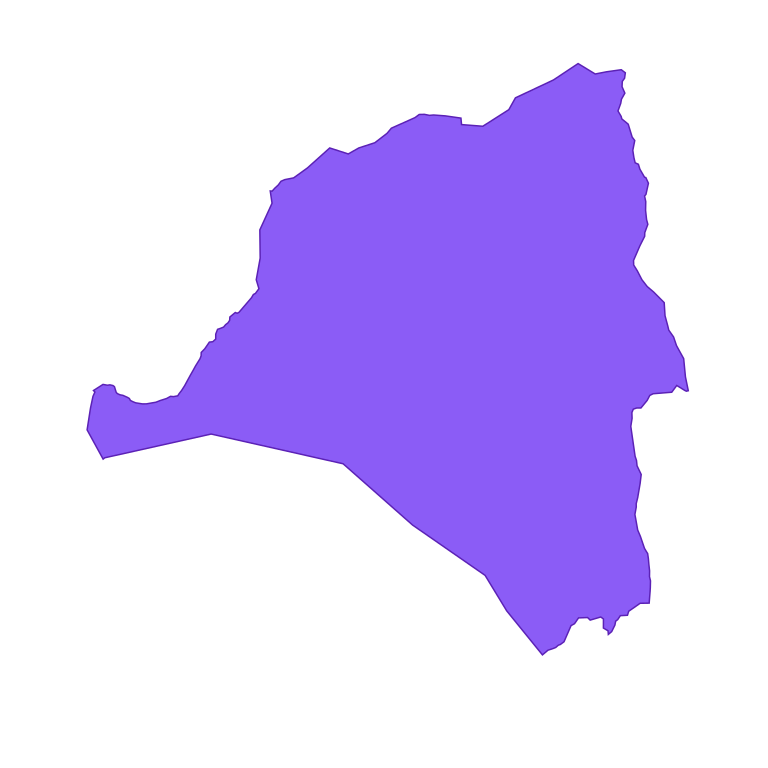 San Pablo Yaganiza, Oaxaca, Mexico, rotated 172°
{"feature_id": "50627088B67315987692410", "entity_name": "San Pablo Yaganiza", "entity_type": "district", "adm_level": 2, "iso_a3": "MEX", "parent_name": "Mexico", "parent_adm1": "Oaxaca", "projection": "equal_earth", "projection_center": [-96.217, 17.128], "detail": "fine", "context": "isolated", "style": "filled", "palette": "violet", "viewbox_px": 768, "rotation_deg": 172, "n_neighbors": 0, "source": "geoboundaries", "source_scale": "gbopen_adm2", "svg_char_len": 2680}
<svg xmlns="http://www.w3.org/2000/svg" viewBox="0 0 768 768"><g transform="rotate(172 384 384)"><path d="M151.9,130.1L149.4,141.4L148.6,145.3L147.5,152.0L147.9,156.3L147.0,162.0L146.8,168.7L146.5,174.1L146.5,179.4L147.2,180.9L148.9,184.9L151.3,197.4L153.1,204.1L153.5,215.3L153.7,219.9L151.3,227.1L150.9,230.4L148.6,236.1L144.2,249.9L141.9,258.6L144.8,267.8L144.6,273.2L145.4,277.4L145.5,307.7L143.1,315.5L142.5,321.2L140.6,324.4L137.0,325.1L132.9,324.5L125.7,331.1L122.4,335.7L118.8,336.9L100.2,335.8L94.3,341.8L87.1,335.8L85.6,334.8L83.6,335.0L84.5,349.1L83.7,367.4L89.0,381.3L90.7,390.3L94.5,397.7L94.9,402.0L96.2,412.5L95.2,425.6L104.2,437.6L109.8,443.9L114.1,451.4L117.4,460.8L120.2,467.1L120.0,468.6L119.7,471.6L111.4,485.2L105.3,494.0L104.7,497.6L100.5,505.4L101.1,510.3L100.8,519.5L99.4,528.2L99.8,533.9L98.2,535.3L94.2,546.0L96.0,552.0L97.2,552.5L100.7,561.1L101.5,566.2L104.5,568.1L105.0,573.3L105.1,580.8L101.8,590.2L103.9,594.0L106.0,607.3L111.6,613.4L111.9,616.0L114.3,621.8L110.5,629.0L109.2,633.0L105.0,638.5L106.9,645.3L105.9,650.5L103.2,653.3L101.7,658.6L103.8,660.7L105.3,662.2L120.2,662.2L131.7,661.6L147.2,674.3L173.9,661.5L214.0,649.1L222.2,638.3L238.2,631.0L250.3,625.5L271.1,630.1L270.8,636.6L286.0,641.0L297.5,643.5L301.6,643.7L306.4,645.4L311.6,646.0L316.2,643.5L341.1,636.3L346.1,631.8L359.5,624.2L376.0,621.3L387.4,616.8L404.9,625.3L429.8,608.6L444.8,600.7L453.8,600.2L457.8,599.1L461.0,595.8L464.9,593.1L467.9,590.6L469.8,591.0L469.7,578.6L485.5,553.9L489.1,525.9L496.0,505.0L494.6,495.8L498.7,491.6L500.9,490.8L503.2,487.9L511.0,481.0L517.7,475.1L519.6,474.5L521.3,475.5L527.3,471.8L528.0,468.5L530.1,466.2L532.6,464.8L534.9,462.7L538.1,461.9L541.2,461.3L543.7,456.8L544.4,451.9L547.7,449.7L551.1,449.8L556.6,443.8L560.6,440.7L561.2,437.3L562.7,434.6L565.3,431.5L568.2,428.0L571.1,424.1L574.8,419.3L581.7,410.0L585.4,405.7L588.2,403.0L589.9,401.0L594.2,400.8L597.1,401.5L601.3,399.9L607.8,398.8L612.4,397.7L622.1,397.4L625.9,397.9L632.5,399.9L635.1,401.4L637.4,403.0L638.2,405.1L639.8,406.4L644.1,409.1L646.8,410.0L648.0,410.7L649.6,411.8L650.4,413.2L651.3,418.9L652.6,420.2L655.5,421.3L658.1,421.3L662.3,422.7L672.6,418.0L671.4,416.3L673.9,412.3L678.0,401.0L684.4,379.9L672.6,348.7L670.8,349.8L562.2,358.5L435.6,310.7L375.3,240.3L310.5,180.4L294.5,143.3L294.2,142.5L264.8,93.7L258.6,97.6L255.0,98.2L253.0,98.6L250.6,99.2L247.7,101.1L245.6,101.5L241.6,103.7L232.4,118.7L228.7,120.1L223.9,125.3L214.9,124.4L212.7,121.5L201.8,123.1L199.4,120.8L200.7,111.8L196.5,108.4L196.7,104.8L193.0,107.1L188.9,113.1L187.6,116.9L185.4,118.1L182.2,121.7L175.1,121.1L173.3,124.9L160.9,131.2L151.9,130.1Z" fill="#8b5cf6" stroke="#5b21b6" stroke-width="1.5"/></g></svg>